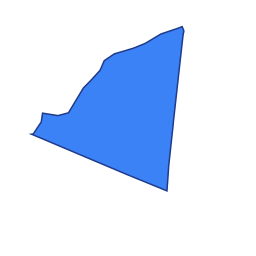 Rockland, New York, United States of America (Equal Earth projection), rotated 246°
{"feature_id": "52423323B64631698212491", "entity_name": "Rockland", "entity_type": "district", "adm_level": 2, "iso_a3": "USA", "parent_name": "United States of America", "parent_adm1": "New York", "projection": "equal_earth", "projection_center": [-73.992, 41.161], "detail": "fine", "context": "isolated", "style": "filled", "palette": "blue", "viewbox_px": 256, "rotation_deg": 246, "n_neighbors": 0, "source": "geoboundaries", "source_scale": "gbopen_adm2", "svg_char_len": 552}
<svg xmlns="http://www.w3.org/2000/svg" viewBox="0 0 256 256"><g transform="rotate(246 128 128)"><path d="M161.6,37.3L124.4,72.1L112.0,83.7L85.4,108.6L54.7,138.0L64.4,143.2L71.2,146.8L76.7,149.7L112.8,170.7L114.7,171.7L136.4,184.4L171.1,204.7L191.0,216.4L193.1,218.0L193.9,218.5L194.9,218.6L198.6,218.7L198.8,214.2L200.5,196.3L198.3,177.9L198.7,165.4L201.3,145.7L199.2,133.7L192.1,126.0L186.8,113.9L182.7,103.5L175.7,93.5L166.1,79.8L167.8,69.1L176.3,56.0L168.8,51.2L161.1,39.0L161.6,37.3Z" fill="#3b82f6" stroke="#1e3a8a" stroke-width="1.5"/></g></svg>